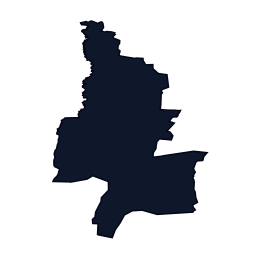 Sesavas pag., Jelgava, Latvia, rotated 357°
{"feature_id": "27541924B5814503616889", "entity_name": "Sesavas pag.", "entity_type": "district", "adm_level": 2, "iso_a3": "LVA", "parent_name": "Latvia", "parent_adm1": "Jelgava", "projection": "equal_earth", "projection_center": [23.783, 56.412], "detail": "fine", "context": "isolated", "style": "filled", "palette": "ink", "viewbox_px": 256, "rotation_deg": 357, "n_neighbors": 0, "source": "geoboundaries", "source_scale": "gbopen_adm2", "svg_char_len": 5323}
<svg xmlns="http://www.w3.org/2000/svg" viewBox="0 0 256 256"><g transform="rotate(357 128 128)"><path d="M205.7,156.8L192.8,154.7L191.9,154.7L162.8,157.5L159.4,158.0L151.7,158.5L151.6,156.5L151.8,154.9L152.4,153.2L153.8,151.5L154.9,149.8L155.0,148.0L155.9,144.6L155.7,143.6L157.0,142.4L158.7,140.5L164.2,141.2L170.6,142.2L172.4,138.1L169.7,134.2L166.5,133.3L174.5,125.5L169.6,123.6L171.9,120.5L172.4,120.1L173.5,119.6L173.7,119.3L177.3,119.5L178.8,117.7L178.2,116.8L180.0,115.6L181.3,113.2L180.1,113.3L177.2,113.0L175.3,112.6L175.0,112.7L167.2,112.1L160.9,111.2L161.5,109.6L161.7,107.3L162.0,106.8L162.0,105.8L162.9,96.0L164.2,94.7L164.1,94.3L163.3,93.6L163.7,91.5L170.6,89.3L169.7,76.8L164.5,75.9L161.0,75.1L156.0,70.1L156.1,66.0L148.8,65.9L148.0,63.8L146.7,61.9L146.6,59.3L140.0,58.6L138.2,58.8L130.2,57.1L123.7,55.6L122.8,54.5L124.1,50.7L121.9,48.8L122.5,45.0L124.0,43.1L124.3,40.2L118.3,37.5L117.6,36.7L117.7,36.2L120.1,33.8L118.8,32.9L118.8,32.7L119.5,32.2L116.5,31.2L111.1,30.5L110.3,31.1L106.4,29.8L108.9,26.1L108.4,22.1L107.3,20.6L105.4,21.0L102.9,22.2L102.5,21.6L97.6,19.4L96.4,19.3L93.4,20.6L92.1,19.5L86.6,20.4L86.8,20.6L86.3,21.0L86.4,21.4L86.9,21.8L87.3,22.6L88.8,22.4L89.8,22.9L91.0,22.8L93.0,23.7L93.6,24.1L93.7,24.4L93.7,24.6L93.1,24.7L92.7,24.9L92.7,25.6L92.5,25.9L91.9,25.9L91.8,26.0L91.7,26.2L92.1,26.8L92.0,27.5L91.1,27.7L89.5,27.4L89.1,27.6L88.0,27.7L87.5,27.9L86.9,28.8L86.9,29.1L87.4,29.7L88.1,29.9L88.8,30.4L88.8,31.1L89.1,31.5L89.5,32.1L90.6,32.5L90.8,32.7L90.7,32.9L90.5,33.1L90.5,33.5L90.9,33.6L91.1,34.1L90.5,34.5L90.9,34.7L90.4,35.2L90.6,35.8L91.0,35.8L91.8,35.2L92.3,35.4L92.5,35.7L92.5,36.0L92.9,36.8L92.8,37.1L92.0,37.7L91.5,37.6L90.8,38.1L90.5,38.0L89.7,38.2L89.8,38.4L89.7,38.6L89.3,38.6L89.1,38.8L89.6,39.1L89.3,39.6L89.4,39.8L88.9,39.7L88.5,40.2L87.7,40.7L87.7,40.9L87.3,41.2L87.3,41.3L87.5,41.6L88.2,41.5L88.4,41.8L88.1,42.6L87.8,42.9L87.8,43.3L88.2,43.7L88.2,43.9L88.8,44.4L88.3,44.7L88.7,44.9L88.6,45.4L88.1,45.6L88.3,45.9L88.2,46.1L88.4,46.2L88.2,46.4L88.4,46.5L87.9,47.0L88.2,47.1L87.9,47.2L88.2,47.7L88.7,47.7L89.0,47.8L88.9,48.0L89.2,48.5L88.1,48.8L87.8,49.0L87.8,49.8L88.2,50.0L88.3,49.9L88.2,49.8L88.3,49.6L88.6,49.6L89.1,49.7L89.1,49.9L88.7,50.1L88.6,50.3L89.5,50.6L88.7,51.5L88.3,51.7L88.4,52.0L89.0,51.9L89.3,52.4L89.3,52.7L89.7,53.0L88.8,53.9L88.7,54.4L88.8,54.6L89.4,55.2L90.6,55.6L90.7,55.8L90.4,56.3L90.5,56.5L91.4,57.2L90.6,57.9L91.2,58.2L91.8,58.1L92.8,58.2L93.8,58.8L93.7,59.1L93.8,59.3L94.6,59.2L95.3,59.4L95.5,59.9L95.6,60.7L95.3,60.9L95.0,60.9L94.5,61.3L94.6,62.2L94.9,62.7L95.8,62.8L96.8,63.7L96.8,64.1L96.1,64.6L95.3,64.7L95.1,64.9L94.9,65.0L95.0,65.4L94.3,65.8L94.4,66.4L94.9,66.6L95.0,66.8L95.3,68.3L94.5,69.2L94.5,69.5L95.6,69.7L96.1,69.9L96.1,70.8L94.9,71.8L93.7,72.4L93.4,72.7L93.9,73.1L94.5,73.8L93.9,74.0L93.0,74.7L92.7,74.6L92.1,75.0L92.1,75.4L91.9,75.5L90.5,75.5L88.7,75.9L88.5,76.1L89.1,76.5L89.1,76.8L88.2,77.2L87.3,77.9L86.2,78.2L86.0,78.4L86.1,78.6L86.0,78.9L85.7,79.2L86.4,79.3L86.5,79.5L86.4,79.7L85.8,80.1L85.9,80.5L85.5,80.9L85.8,81.1L86.4,80.9L87.1,81.3L88.1,81.6L88.2,82.1L88.1,82.3L87.9,82.4L86.8,82.0L86.2,82.1L85.9,83.1L84.9,83.6L84.7,83.9L84.9,84.1L84.8,84.5L84.8,84.8L85.1,85.1L85.7,85.2L86.0,85.7L87.2,86.5L87.8,87.2L87.6,87.7L87.0,88.3L86.8,89.4L86.9,89.6L85.8,89.6L85.5,90.0L85.3,90.0L85.2,90.3L84.8,90.5L85.1,90.7L85.5,90.4L85.7,90.6L85.5,90.8L85.2,91.0L85.2,91.3L84.8,91.6L85.2,92.0L84.4,93.1L84.5,93.2L85.2,93.3L85.6,93.6L85.7,94.1L85.6,94.6L85.3,95.1L85.3,95.5L88.5,95.7L88.6,98.8L85.7,98.8L85.4,99.3L84.6,99.8L84.6,100.1L84.4,100.2L84.0,100.3L84.5,101.0L84.4,101.4L84.7,101.7L85.5,101.9L85.9,102.4L85.5,102.7L85.1,102.4L84.8,102.6L84.8,102.8L85.5,103.5L85.7,103.8L86.3,103.7L85.0,107.1L82.3,106.9L82.2,107.3L81.6,108.0L81.6,108.5L81.1,108.9L79.9,109.0L79.7,109.3L80.1,109.7L80.1,110.1L79.8,110.8L79.0,111.7L79.7,115.1L65.6,114.7L65.4,115.1L64.6,115.5L64.2,116.2L63.7,116.1L63.1,116.6L62.4,116.7L61.9,116.9L61.8,117.3L62.2,117.6L62.4,118.7L62.3,118.8L62.3,119.0L61.9,119.1L61.6,119.6L62.0,120.3L61.9,120.5L62.1,120.6L61.2,120.5L61.0,120.8L61.4,121.3L60.8,121.6L60.3,122.3L60.7,122.8L59.1,124.3L58.9,124.9L57.5,125.3L57.6,125.7L58.0,125.7L58.6,126.2L57.6,126.8L57.6,127.1L57.9,127.4L58.1,128.1L57.2,128.3L56.9,128.6L56.6,129.8L56.6,130.1L57.1,130.6L58.1,130.7L58.4,130.6L58.8,131.0L58.8,133.9L58.7,134.3L58.0,135.3L57.8,135.8L57.8,137.8L57.4,139.6L56.7,140.7L55.6,145.1L55.2,145.6L54.2,146.4L52.9,150.0L53.5,153.2L53.4,153.9L52.3,156.4L52.1,161.3L52.8,162.7L57.2,165.1L57.5,165.4L57.5,165.8L56.5,168.2L56.1,169.8L55.8,170.6L54.1,172.9L52.1,174.4L50.6,176.6L50.3,177.5L66.5,178.7L67.3,178.8L67.5,179.0L68.0,178.8L68.8,178.9L84.4,176.9L90.3,173.8L105.6,180.5L105.3,189.1L97.8,196.2L97.2,200.1L97.1,200.5L96.4,201.4L91.7,209.5L91.3,210.3L90.4,215.3L88.0,217.2L87.7,217.6L87.8,221.5L93.1,222.0L92.0,232.8L92.7,233.1L106.5,236.7L110.0,228.8L115.1,222.4L119.9,214.6L128.0,210.9L137.8,210.8L152.6,215.8L188.3,215.4L189.4,214.1L190.9,213.3L189.1,210.7L188.6,209.5L188.6,209.2L189.0,208.0L193.1,206.1L193.5,205.7L192.0,201.0L191.7,195.6L191.5,194.9L190.6,193.2L190.5,192.9L191.3,185.7L191.2,184.3L191.0,183.4L190.1,180.9L190.2,180.6L191.2,179.5L190.9,178.7L191.0,178.1L192.9,175.6L191.9,174.0L191.3,171.9L194.2,165.3L195.9,164.4L200.5,164.4L201.1,164.1L202.1,160.6L205.7,156.8Z" fill="#0f172a" stroke="#020617" stroke-width="1.5"/></g></svg>